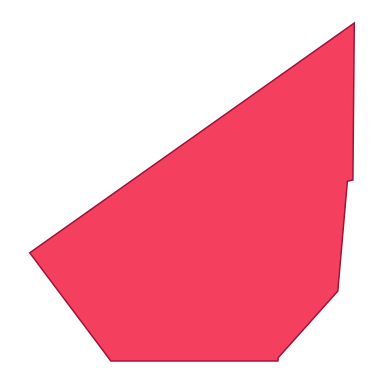 outline of 54, Ar Rayyān, Qatar, rotated 180°
{"feature_id": "91078587B84726999218009", "entity_name": "54", "entity_type": "district", "adm_level": 2, "iso_a3": "QAT", "parent_name": "Qatar", "parent_adm1": "Ar Rayyān", "projection": "equal_earth", "projection_center": [51.456, 25.272], "detail": "fine", "context": "isolated", "style": "filled", "palette": "rose", "viewbox_px": 384, "rotation_deg": 180, "n_neighbors": 0, "source": "geoboundaries", "source_scale": "gbopen_adm2", "svg_char_len": 305}
<svg xmlns="http://www.w3.org/2000/svg" viewBox="0 0 384 384"><g transform="rotate(180 192 192)"><path d="M31.1,204.0L29.7,361.0L354.3,131.2L349.3,124.6L341.3,113.8L282.8,35.9L273.2,23.0L106.1,23.0L105.8,26.3L46.2,92.9L36.6,202.8L31.1,204.0Z" fill="#f43f5e" stroke="#9f1239" stroke-width="1.5"/></g></svg>